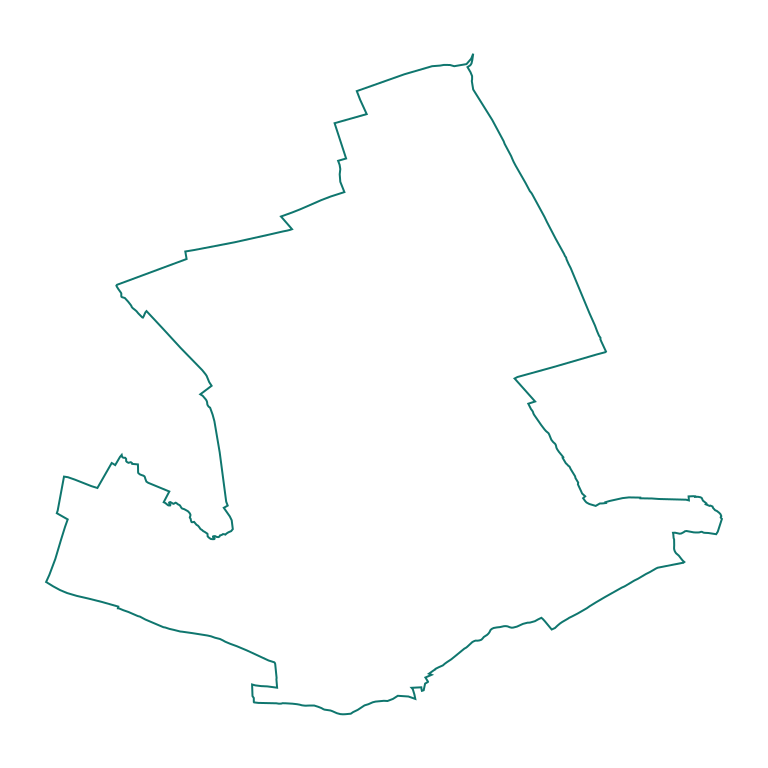 Oras Targu Frumos, Iasi, Romania
{"feature_id": "2599482B18034592271284", "entity_name": "Oras Targu Frumos", "entity_type": "district", "adm_level": 2, "iso_a3": "ROU", "parent_name": "Romania", "parent_adm1": "Iasi", "projection": "natural_earth1", "projection_center": [27.003, 47.228], "detail": "fine", "context": "isolated", "style": "outline", "palette": "teal", "viewbox_px": 768, "rotation_deg": 0, "n_neighbors": 0, "source": "geoboundaries", "source_scale": "gbopen_adm2", "svg_char_len": 6088}
<svg xmlns="http://www.w3.org/2000/svg" viewBox="0 0 768 768"><path d="M111.7,463.0L97.4,488.0L91.3,486.1L74.8,479.6L67.9,477.2L64.0,476.6L57.7,510.5L56.8,513.2L67.7,519.4L65.0,527.0L61.1,539.5L55.3,559.0L49.3,575.0L46.1,582.0L53.1,586.3L60.1,590.1L67.0,593.0L76.8,595.9L88.6,598.6L102.1,602.0L118.3,606.6L117.9,608.3L119.0,608.4L123.3,610.2L128.5,612.0L137.9,616.1L139.9,616.6L145.3,619.5L163.4,627.2L165.2,627.5L169.5,628.9L173.9,629.9L180.2,631.5L182.2,631.7L192.2,633.1L207.4,635.5L211.0,636.3L214.9,637.7L220.0,639.0L222.9,640.4L225.2,641.7L230.2,643.8L236.8,646.2L246.8,650.4L268.6,660.5L274.3,662.3L274.8,662.9L275.2,664.0L276.6,678.0L276.4,679.1L277.1,687.7L267.4,686.4L261.2,686.1L255.4,685.4L252.1,684.5L252.5,696.1L253.8,698.0L253.8,702.0L254.1,702.4L258.3,702.9L276.4,703.3L279.0,703.7L281.3,703.6L282.5,703.2L285.9,703.3L292.5,703.7L297.0,704.2L299.8,704.7L301.9,705.3L305.3,705.7L310.1,705.5L314.1,705.5L318.2,706.8L321.5,708.1L323.2,709.1L324.4,709.6L330.5,710.5L332.4,711.2L336.9,713.2L340.3,714.1L342.9,714.3L345.4,714.2L350.8,713.7L353.1,712.1L357.7,709.9L364.5,705.4L368.4,704.2L372.7,702.3L375.5,701.6L383.9,700.8L387.5,701.0L393.0,698.9L397.8,695.8L408.4,696.5L415.3,698.9L414.4,694.5L412.8,689.2L411.6,687.8L421.3,687.3L421.6,689.6L421.9,690.8L423.7,690.2L425.1,683.6L427.9,682.0L428.0,681.7L425.4,677.5L431.6,674.8L429.0,673.7L433.6,670.4L435.3,669.4L435.4,668.9L438.8,667.2L442.9,665.4L444.7,663.8L446.9,662.2L451.3,659.3L464.4,648.6L465.9,647.8L467.2,646.8L472.4,642.0L474.4,641.0L475.7,640.6L477.5,640.7L479.5,640.4L481.4,639.7L482.6,638.5L483.8,637.0L487.2,634.8L488.5,633.5L489.4,632.3L490.6,629.9L491.8,628.9L493.6,628.0L497.0,627.4L499.9,627.1L503.9,626.2L505.8,626.1L507.7,626.4L509.6,627.2L511.6,627.7L513.1,627.6L517.0,626.6L522.9,623.9L527.5,622.7L529.9,622.6L534.9,621.2L537.9,619.5L541.4,617.8L542.9,619.1L544.9,621.3L551.7,629.5L555.0,628.0L557.5,625.6L560.0,623.5L562.2,622.0L567.7,618.8L569.2,617.8L572.1,616.4L577.7,613.5L586.9,608.2L589.7,606.2L596.2,602.2L604.9,597.1L621.8,587.6L624.5,586.4L634.4,580.5L637.7,578.9L646.0,574.0L649.8,572.1L656.0,568.5L657.7,567.7L658.8,567.5L682.2,562.9L683.1,562.9L684.3,562.0L682.9,560.8L681.4,559.0L678.8,555.6L676.1,553.3L675.4,552.3L674.6,550.8L674.1,548.9L674.1,547.4L674.2,545.2L674.1,539.4L673.6,538.0L673.3,534.2L673.0,532.8L675.0,532.7L679.6,533.7L681.2,533.5L683.7,532.2L684.9,531.3L686.5,531.0L693.9,532.4L697.3,532.5L699.2,532.4L701.2,531.8L702.1,531.9L703.4,532.6L704.4,532.8L708.4,533.0L716.2,534.2L717.8,531.6L721.9,518.9L720.7,517.5L720.9,516.7L721.3,516.1L720.5,514.2L719.2,512.8L716.9,511.0L715.1,510.2L713.1,508.0L712.5,506.5L710.4,505.6L709.6,505.9L705.7,504.3L706.4,503.4L702.9,500.6L701.8,498.1L700.6,497.3L698.0,496.8L695.1,496.9L695.2,496.3L693.2,496.2L688.6,496.4L688.9,500.4L686.0,499.7L659.0,499.0L652.1,498.5L640.3,498.3L640.3,497.6L628.9,497.4L622.6,498.1L609.5,501.0L605.5,502.2L605.9,503.0L602.8,503.4L599.8,503.5L595.7,505.9L589.3,504.0L586.5,502.5L585.2,501.1L583.1,498.2L585.2,496.3L582.1,493.5L581.1,491.2L579.0,486.7L577.9,484.3L578.2,482.6L575.5,478.1L575.1,476.3L570.8,469.3L569.5,466.6L568.0,465.5L567.5,464.8L565.8,463.2L562.6,457.8L563.3,457.2L558.8,451.7L557.2,449.3L556.4,447.7L556.1,446.1L555.7,444.8L555.1,443.8L553.1,442.0L551.3,439.7L549.2,434.5L548.5,433.2L546.0,431.1L544.5,429.4L541.3,425.2L534.3,415.1L533.4,413.5L533.0,412.0L532.2,410.6L531.0,409.1L528.3,403.7L535.1,401.5L514.6,378.5L517.5,377.0L552.6,367.3L596.6,354.5L605.3,352.2L606.0,351.6L601.3,341.5L600.4,339.3L600.5,337.8L599.0,335.7L597.0,331.0L595.0,325.6L589.5,313.3L570.7,268.1L568.6,264.0L566.5,259.3L566.1,257.5L564.9,255.9L564.1,254.0L555.7,238.8L546.9,221.9L544.5,216.9L532.0,193.9L531.2,192.7L529.9,191.2L525.5,182.9L515.6,165.6L513.6,161.8L512.0,158.2L511.2,156.2L504.6,143.8L503.7,141.3L492.2,119.9L473.2,89.5L471.8,81.0L472.1,79.4L472.1,76.1L470.5,72.2L467.5,67.1L470.1,65.4L470.8,64.6L471.5,63.4L472.3,60.0L473.2,53.7L471.2,58.7L466.5,64.1L454.2,66.2L450.0,65.0L444.0,64.9L440.0,65.6L432.1,66.2L404.3,74.3L356.8,91.1L360.2,99.9L366.7,114.1L334.6,123.2L346.1,158.5L338.1,160.8L339.6,164.8L340.3,169.1L339.7,174.3L340.3,181.8L344.4,192.1L330.7,196.5L321.3,200.1L300.2,209.3L292.1,212.5L281.0,216.5L290.4,227.3L292.0,229.2L290.0,229.9L287.2,230.6L283.1,231.4L268.3,234.8L234.5,242.3L194.3,250.0L185.3,251.5L186.6,259.0L117.0,284.8L116.4,285.6L116.8,286.6L118.5,289.3L121.0,292.8L121.3,293.5L121.3,296.2L121.5,296.8L122.1,297.2L124.8,298.0L128.1,301.6L130.3,304.4L131.2,305.6L131.7,306.9L132.7,308.1L135.0,309.9L136.5,311.2L138.3,313.4L142.3,317.4L142.9,317.6L143.7,316.3L144.6,314.1L145.4,312.4L146.5,311.1L163.5,329.3L180.5,347.8L202.2,370.1L205.5,374.2L206.6,375.8L209.2,382.1L211.6,385.8L200.3,394.3L202.7,395.8L205.6,399.2L206.2,400.0L206.7,401.0L207.1,402.2L207.3,404.2L207.7,405.3L208.7,406.7L210.1,407.7L212.6,414.6L214.4,421.2L219.7,452.4L226.2,501.7L227.7,505.6L223.8,507.8L229.8,516.4L231.7,520.3L232.8,529.1L231.2,531.1L228.4,532.3L226.4,533.6L225.4,534.6L224.6,534.3L223.0,534.1L221.8,534.9L219.9,535.5L219.5,536.5L218.5,537.1L216.9,537.0L215.0,536.1L213.6,536.2L213.0,536.5L213.0,537.0L214.5,538.2L214.6,538.7L214.2,539.1L213.0,539.2L210.9,539.0L209.8,538.3L208.4,537.2L207.6,536.2L207.6,535.0L207.4,533.7L204.7,531.9L203.2,531.1L201.9,529.9L201.0,529.4L200.2,528.7L199.4,527.4L198.0,525.7L196.5,524.8L194.1,521.9L192.6,522.2L191.6,522.1L191.0,520.7L190.6,518.7L189.8,517.6L190.0,516.7L190.4,515.7L190.4,514.5L189.5,512.9L187.9,511.2L184.3,509.2L182.1,508.5L181.3,507.7L180.0,505.5L179.3,505.0L177.9,504.3L176.6,503.2L175.7,502.7L174.5,503.3L173.7,503.8L173.1,503.7L170.4,502.1L169.4,502.3L169.1,502.6L169.3,503.5L170.4,504.8L170.2,505.4L169.0,505.5L168.0,505.2L165.3,503.0L163.7,502.2L169.3,491.5L148.2,482.8L146.4,481.6L145.4,479.0L144.8,477.0L144.4,476.3L143.1,475.5L142.8,475.5L140.1,474.5L138.4,473.2L138.1,472.3L138.0,466.2L137.9,464.4L132.2,463.9L132.1,463.2L130.8,462.2L128.4,462.8L126.8,461.9L126.2,461.2L126.1,458.9L125.2,457.8L123.2,457.7L122.1,456.8L121.7,454.9L120.0,456.9L115.2,465.1L113.8,464.2L111.7,463.0Z" fill="none" stroke="#0f766e" stroke-width="2"/></svg>